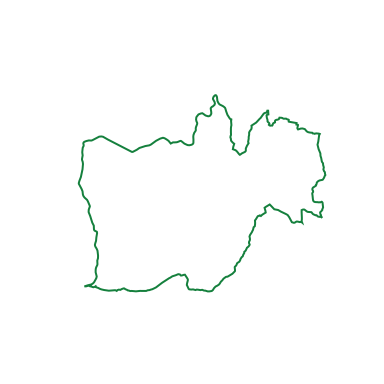 Nadrag, Timis, Romania (Mercator projection), rotated 151°
{"feature_id": "2599482B73487370239744", "entity_name": "Nadrag", "entity_type": "district", "adm_level": 2, "iso_a3": "ROU", "parent_name": "Romania", "parent_adm1": "Timis", "projection": "mercator", "projection_center": [22.192, 45.643], "detail": "fine", "context": "isolated", "style": "outline", "palette": "green", "viewbox_px": 384, "rotation_deg": 151, "n_neighbors": 0, "source": "geoboundaries", "source_scale": "gbopen_adm2", "svg_char_len": 6015}
<svg xmlns="http://www.w3.org/2000/svg" viewBox="0 0 384 384"><g transform="rotate(151 192 192)"><path d="M276.7,265.0L281.9,259.0L285.1,256.3L286.5,254.9L287.0,254.1L287.1,248.3L287.4,245.7L288.6,242.8L288.8,241.9L288.9,241.0L288.7,239.3L287.6,236.0L287.6,234.2L288.1,229.6L288.4,228.8L290.8,226.7L291.9,225.0L292.2,224.3L292.7,220.3L294.1,213.5L294.2,210.2L295.8,207.0L296.0,206.3L295.9,205.4L294.5,203.4L294.9,202.1L297.7,198.6L299.6,195.8L301.5,194.0L302.5,192.9L302.8,192.2L303.0,191.0L302.9,188.7L303.1,186.5L305.0,181.9L306.3,179.7L308.1,177.9L309.7,174.7L310.3,174.0L312.3,172.6L313.2,171.7L314.0,170.6L315.2,168.5L316.3,164.3L317.5,163.0L321.3,160.6L322.7,160.1L324.7,159.9L328.3,160.9L331.9,161.6L330.3,160.8L327.8,160.2L326.7,158.7L325.8,158.2L325.3,157.3L324.4,156.5L322.9,156.2L321.9,156.3L321.9,156.1L322.2,155.4L320.5,153.5L319.4,151.8L318.4,150.7L316.4,148.9L312.6,146.0L307.1,143.5L306.5,143.1L305.8,142.0L305.1,142.3L304.5,142.3L303.4,142.1L302.0,141.1L300.8,141.2L298.7,140.9L297.9,140.4L297.5,139.4L296.2,137.8L296.0,137.2L295.2,136.6L294.3,135.6L293.5,135.0L292.7,134.7L289.2,132.3L285.4,130.7L280.1,127.7L278.4,127.5L276.7,126.8L275.4,126.6L273.8,126.2L272.0,126.1L269.7,126.0L262.2,127.1L253.6,127.7L252.5,127.6L250.1,127.8L246.6,127.1L243.9,126.8L242.6,125.8L242.2,124.3L241.3,123.9L239.2,123.5L238.3,123.1L238.0,119.2L238.0,117.7L238.2,117.2L238.6,116.6L240.5,114.6L241.6,113.2L241.7,111.2L241.9,109.0L241.6,108.2L239.9,107.0L238.3,106.3L236.4,104.5L235.3,104.4L234.3,103.8L232.2,102.1L230.5,101.5L229.3,100.0L228.2,99.3L226.4,97.4L225.1,96.7L222.9,95.9L222.2,95.9L221.1,96.2L219.4,97.2L217.2,97.9L215.9,97.8L213.7,97.9L212.4,98.3L210.1,99.6L208.5,100.0L206.5,100.9L203.6,101.3L203.1,101.2L201.9,100.7L196.3,100.9L192.9,101.9L192.3,102.7L191.6,104.4L191.1,105.5L190.8,105.8L189.0,106.3L188.0,107.0L187.3,107.7L186.8,107.9L184.4,108.1L183.0,108.9L182.3,109.7L180.2,110.9L178.9,111.1L178.5,111.4L177.6,112.3L175.9,113.3L175.3,114.3L173.5,114.7L170.9,116.6L169.1,116.9L167.6,117.6L167.0,118.2L166.9,119.7L166.5,120.4L166.3,120.7L164.9,121.7L164.5,122.1L163.8,123.5L163.3,125.2L162.0,126.3L159.0,127.9L158.1,128.6L157.0,129.3L155.2,131.3L153.7,131.6L152.4,133.3L151.5,134.9L150.7,136.6L149.5,137.1L146.3,138.9L145.5,138.9L144.6,138.5L144.1,138.7L143.9,138.6L143.4,137.6L141.5,138.1L137.5,138.3L136.9,140.0L136.2,143.0L134.9,143.2L130.1,143.4L129.5,141.3L128.4,137.0L125.4,134.5L123.8,131.8L120.6,127.3L119.5,125.5L119.2,122.9L119.3,117.2L118.0,115.8L117.1,115.4L115.0,115.5L114.5,115.3L113.7,114.7L112.4,113.5L111.1,112.9L110.7,112.4L110.5,111.9L110.2,113.5L109.3,114.6L108.4,116.2L105.8,121.4L104.9,123.0L103.6,122.9L102.5,122.4L102.0,121.7L101.0,119.3L100.4,118.5L97.3,116.4L97.0,114.4L96.7,113.7L95.2,111.7L94.7,111.6L94.3,111.2L93.9,109.7L92.8,108.6L91.8,108.1L91.2,107.5L90.7,106.3L90.8,109.0L90.4,109.3L90.4,110.4L90.0,111.8L89.6,112.2L88.1,112.5L87.1,113.1L86.8,113.1L86.5,113.6L84.8,115.0L83.0,119.4L83.1,120.2L83.3,120.6L85.0,120.8L85.6,121.3L86.5,121.7L87.2,122.3L89.2,123.5L89.9,124.3L90.1,124.9L90.2,125.7L89.7,127.2L88.2,130.7L87.7,132.1L87.4,132.6L86.0,133.4L85.6,134.3L85.6,135.6L85.4,136.0L84.9,136.7L84.0,137.2L80.9,137.4L80.5,137.5L80.2,138.1L79.8,138.1L79.0,138.8L78.2,139.8L76.5,140.3L74.9,140.3L72.1,139.4L71.6,139.4L69.7,140.4L68.1,141.7L67.1,142.2L66.9,143.3L66.2,144.9L66.4,146.4L66.1,148.1L64.8,149.6L64.2,152.1L63.5,153.6L63.7,155.0L63.6,155.9L62.5,159.2L62.1,161.3L61.0,163.6L60.5,168.0L59.3,172.5L57.1,174.9L53.3,180.0L52.1,180.8L52.7,181.5L54.7,182.9L55.7,183.3L56.5,183.4L57.1,184.1L58.0,184.7L58.1,185.5L60.0,186.8L61.4,188.0L62.1,189.1L62.4,190.0L62.8,192.2L63.5,193.0L64.6,194.0L66.0,194.7L68.9,195.3L69.0,196.0L68.9,196.8L66.8,199.2L66.8,199.4L68.0,200.4L67.1,201.6L73.2,206.5L73.3,206.7L72.4,208.2L72.6,208.6L73.4,209.3L74.2,210.6L76.2,211.6L76.6,212.0L77.1,212.9L78.1,213.8L79.5,214.6L80.8,213.6L82.2,213.8L83.1,214.2L84.2,214.3L85.1,213.8L85.6,212.7L86.0,212.6L87.4,212.8L88.0,212.5L89.2,211.4L89.7,211.2L90.7,211.9L91.3,212.0L91.9,212.6L92.2,213.5L91.2,214.2L91.1,214.6L91.2,215.3L91.6,216.3L91.7,217.1L91.0,218.5L90.6,220.5L89.8,222.6L89.5,223.0L88.8,223.1L87.6,222.8L86.0,226.2L86.7,226.6L88.1,225.3L88.4,225.3L89.7,225.8L91.2,225.8L96.3,223.4L97.1,223.3L102.2,221.6L107.8,221.2L108.3,219.9L109.4,218.4L112.3,217.0L113.2,216.3L114.3,214.3L115.7,212.7L116.6,211.1L118.5,208.8L118.8,207.9L118.8,207.3L121.6,205.7L123.8,204.0L124.8,202.2L125.3,201.7L126.3,201.4L129.6,201.6L131.8,201.3L132.2,201.4L132.5,202.5L133.0,205.6L133.6,207.4L135.5,209.6L134.1,211.4L131.7,213.7L132.4,215.4L132.9,217.6L132.8,218.4L132.3,219.4L132.1,220.0L132.0,221.0L131.2,222.2L130.3,222.9L130.0,223.4L129.1,225.2L127.1,228.8L126.2,230.1L125.1,231.4L123.2,235.6L122.7,235.9L122.4,236.5L122.9,237.0L123.3,237.7L123.6,242.3L123.0,246.1L122.4,248.7L122.3,249.6L122.6,250.6L123.3,252.1L125.4,255.2L125.7,256.5L125.7,258.0L125.6,259.4L124.1,263.0L124.0,263.9L124.0,264.5L124.2,265.1L124.8,265.4L126.7,265.0L128.2,263.8L128.6,263.1L128.6,259.8L129.1,258.2L130.1,257.3L132.2,256.8L133.6,256.8L135.0,256.2L135.4,255.4L136.4,252.6L137.2,251.1L138.8,250.1L139.7,250.0L140.6,250.1L141.5,250.7L143.1,252.4L144.2,254.8L144.8,255.9L146.3,256.4L148.7,256.7L151.4,255.6L152.1,255.1L153.3,253.4L153.8,251.8L154.0,249.8L154.5,249.0L157.2,246.7L157.9,245.8L158.7,244.2L159.3,243.7L161.3,242.7L163.1,241.1L164.1,239.7L165.4,237.0L166.9,234.4L167.5,233.8L168.1,233.6L169.3,233.5L171.5,234.1L172.9,235.0L173.6,235.8L175.2,238.0L176.6,241.5L177.0,242.1L177.7,242.4L180.2,242.7L181.2,242.9L183.5,244.0L184.5,244.6L187.1,244.7L187.7,248.1L188.7,250.2L189.9,252.3L191.1,253.5L193.9,254.1L198.6,254.2L204.9,253.4L206.7,253.5L210.5,254.8L216.6,256.0L219.8,255.7L224.4,255.8L225.2,256.3L240.1,278.6L243.0,283.4L244.3,284.5L246.3,285.4L254.0,285.6L255.1,285.8L257.2,287.1L259.7,287.8L261.9,288.1L262.9,287.8L263.6,287.0L263.9,285.8L264.4,284.9L266.1,283.7L268.1,280.9L268.8,279.8L269.9,277.0L272.2,274.2L272.6,273.4L273.0,271.3L273.8,269.3L276.7,265.0Z" fill="none" stroke="#15803d" stroke-width="2"/></g></svg>